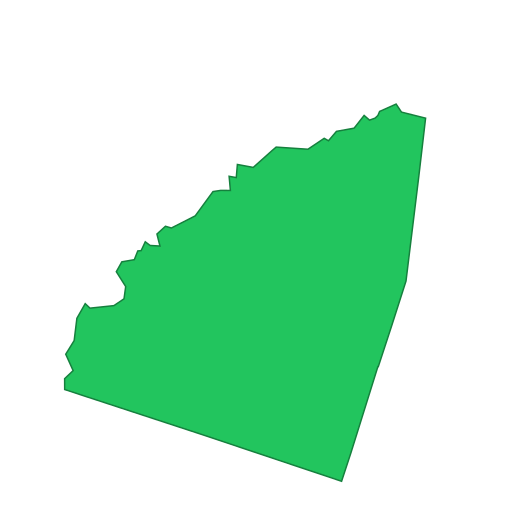 the district of Rankin, Mississippi, United States of America, rotated 18°
{"feature_id": "52423323B65726573708010", "entity_name": "Rankin", "entity_type": "district", "adm_level": 2, "iso_a3": "USA", "parent_name": "United States of America", "parent_adm1": "Mississippi", "projection": "orthographic", "projection_center": [-90.031, 32.32], "detail": "fine", "context": "isolated", "style": "filled", "palette": "green", "viewbox_px": 512, "rotation_deg": 18, "n_neighbors": 0, "source": "geoboundaries", "source_scale": "gbopen_adm2", "svg_char_len": 833}
<svg xmlns="http://www.w3.org/2000/svg" viewBox="0 0 512 512"><g transform="rotate(18 256 256)"><path d="M374.7,72.5L349.9,74.2L342.3,68.2L328.9,80.3L328.5,84.7L326.7,88.0L322.0,91.7L315.4,88.9L309.8,104.1L294.0,112.6L289.3,124.0L284.5,123.0L272.4,138.4L241.5,146.2L238.8,150.6L226.0,172.6L210.0,174.7L213.0,187.5L205.8,188.5L211.4,201.6L202.2,204.5L195.2,208.0L185.8,236.6L166.9,255.5L160.7,255.7L155.0,265.7L158.8,271.8L161.6,276.2L152.0,278.7L146.3,276.7L145.1,286.4L142.0,287.7L141.4,297.1L130.2,303.0L128.0,314.1L141.5,325.3L143.7,337.5L136.2,347.1L114.2,356.9L108.3,354.1L104.9,370.6L109.2,392.6L105.4,408.2L117.5,421.5L111.9,431.8L115.3,442.1L137.2,442.2L258.4,442.5L407.0,443.8L407.1,413.8L406.1,323.5L406.5,323.4L406.6,282.0L406.4,233.5L386.2,129.8L374.7,72.5Z" fill="#22c55e" stroke="#15803d" stroke-width="1.5"/></g></svg>